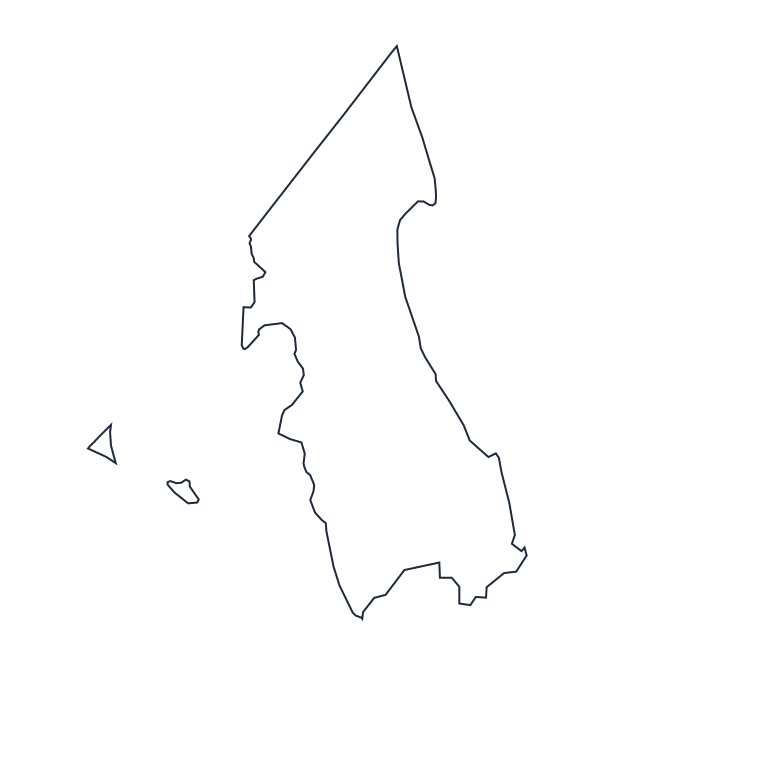 Accomack, Virginia, United States of America (Natural Earth projection), rotated 314°
{"feature_id": "52423323B3829311906310", "entity_name": "Accomack", "entity_type": "district", "adm_level": 2, "iso_a3": "USA", "parent_name": "United States of America", "parent_adm1": "Virginia", "projection": "natural_earth1", "projection_center": [-75.727, 37.738], "detail": "fine", "context": "isolated", "style": "outline", "palette": "slate", "viewbox_px": 768, "rotation_deg": 314, "n_neighbors": 0, "source": "geoboundaries", "source_scale": "gbopen_adm2", "svg_char_len": 1932}
<svg xmlns="http://www.w3.org/2000/svg" viewBox="0 0 768 768"><g transform="rotate(314 384 384)"><path d="M368.2,218.2L353.0,234.0L346.5,235.1L341.7,229.6L313.1,254.7L311.7,258.3L312.4,259.6L316.0,260.4L332.5,259.9L333.9,257.6L336.4,256.2L343.2,257.3L357.0,268.4L358.5,278.6L355.6,287.6L347.4,297.1L343.5,298.6L340.2,306.4L338.8,315.0L334.7,320.1L326.7,322.9L322.2,330.7L305.0,332.3L296.2,330.5L290.7,332.4L275.1,342.4L278.9,354.2L284.6,365.2L278.9,375.3L270.9,381.4L269.0,384.3L266.8,389.2L267.2,394.1L262.9,403.9L257.9,407.8L249.3,411.6L243.6,423.7L242.9,434.0L243.5,438.8L238.1,444.8L217.7,474.4L208.1,492.0L197.8,520.4L197.8,524.6L200.2,529.9L200.0,531.5L205.3,527.4L223.4,525.5L233.4,531.6L264.4,527.9L294.0,547.8L283.5,558.8L291.7,567.3L290.5,579.0L278.4,590.7L284.9,599.7L294.6,598.0L301.2,605.8L309.1,599.0L331.4,601.7L340.9,609.5L359.8,605.7L364.0,598.7L359.3,599.0L357.9,587.0L366.3,583.0L385.4,556.9L402.1,529.9L410.7,517.9L411.8,512.6L404.0,509.9L403.7,503.1L402.9,484.9L409.6,470.2L417.1,442.8L422.3,419.4L426.9,414.4L431.7,395.3L435.3,385.5L442.2,376.4L461.6,338.5L481.4,310.5L494.8,295.8L504.4,286.3L513.0,281.7L521.5,281.1L539.0,281.6L542.8,285.7L544.3,292.0L546.2,294.9L549.6,295.5L554.2,292.0L559.5,286.5L567.2,277.4L575.9,261.7L588.0,240.2L602.0,211.6L636.0,158.5L628.5,159.1L624.6,159.5L610.4,161.1L552.9,167.6L551.2,167.8L506.8,172.3L435.0,180.0L396.7,184.2L396.2,187.0L395.2,188.3L392.6,189.1L391.5,190.0L390.6,192.5L388.5,195.1L388.0,195.7L385.7,198.4L383.9,203.2L381.7,205.6L382.1,221.0L377.0,222.3L371.0,219.1L368.2,218.2ZM132.0,215.9L138.7,235.1L140.7,246.0L150.1,230.3L159.2,220.3L165.0,216.0L157.5,215.8L148.0,215.7L147.5,215.7L147.2,215.7L142.7,215.7L142.3,215.8L135.2,215.6L132.0,215.9ZM161.3,298.2L160.4,308.6L162.1,326.0L169.0,332.0L172.2,331.0L175.3,315.7L178.8,311.7L177.6,307.9L172.3,306.8L168.6,303.8L165.7,297.7L163.0,296.5L161.3,298.2Z" fill="none" stroke="#1e293b" stroke-width="2"/></g></svg>